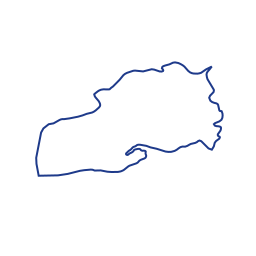 the Province of Khenchela, rotated 68°
{"feature_id": "DZA-2219", "entity_name": "Khenchela", "entity_type": "Province", "adm_level": 1, "iso_a3": "DZA", "parent_name": "Algeria", "parent_adm1": "", "projection": "equal_earth", "projection_center": [7.088, 34.922], "detail": "fine", "context": "isolated", "style": "outline", "palette": "blue", "viewbox_px": 256, "rotation_deg": 68, "n_neighbors": 0, "source": "natural_earth", "source_scale": "10m", "svg_char_len": 2709}
<svg xmlns="http://www.w3.org/2000/svg" viewBox="0 0 256 256"><g transform="rotate(68 128 128)"><path d="M85.4,74.2L84.3,73.4L83.9,72.2L84.0,70.0L84.5,65.8L84.3,61.8L84.8,59.8L86.6,57.0L88.4,55.3L90.3,53.8L92.2,52.7L97.6,50.8L99.7,49.6L101.1,48.2L102.1,46.7L103.6,43.3L104.0,41.6L104.2,39.5L102.9,33.7L102.4,27.3L104.2,30.4L105.5,33.0L106.5,34.3L107.9,35.2L110.5,35.8L112.5,36.0L124.6,34.1L125.6,34.4L126.8,35.3L128.8,39.8L130.4,41.4L133.5,41.4L135.4,40.3L137.0,38.6L138.2,36.9L139.3,36.0L140.3,35.8L145.8,36.7L146.5,36.5L146.9,36.1L147.0,35.8L147.1,35.4L147.5,34.9L147.9,34.9L150.0,35.0L151.9,35.6L153.9,36.7L155.4,38.3L156.1,40.9L156.1,45.5L156.6,46.9L158.3,46.6L159.3,45.5L160.3,43.5L161.1,42.3L162.2,41.6L163.6,42.1L165.0,43.2L167.5,47.1L168.7,47.5L169.5,47.1L170.4,46.3L171.2,46.4L172.1,47.4L173.0,51.0L173.5,52.0L174.3,53.2L177.2,55.3L179.5,58.4L177.1,61.0L167.7,65.0L166.4,66.4L166.4,67.9L166.9,69.4L167.0,71.3L166.3,75.8L166.5,77.7L166.8,79.7L166.7,82.0L165.6,84.5L165.4,86.6L165.8,88.7L166.4,90.9L166.7,93.3L166.3,96.8L165.3,99.5L163.9,102.0L158.0,109.2L154.4,114.4L151.4,117.7L148.1,123.0L147.4,124.6L147.2,125.7L147.3,126.4L147.5,127.0L147.6,127.6L147.7,128.4L147.6,129.9L147.7,130.6L147.9,131.2L148.5,132.3L149.0,133.5L149.2,134.2L149.4,135.5L149.8,136.7L150.8,139.1L151.2,139.5L151.8,139.6L152.5,139.1L152.8,138.5L152.8,137.9L152.4,136.7L152.2,136.0L152.1,133.8L152.0,133.2L151.8,132.5L151.6,131.9L151.3,131.4L150.9,130.9L150.6,130.4L150.6,129.5L151.0,127.0L151.3,126.1L151.6,125.3L152.0,124.8L152.6,124.5L153.1,124.4L153.8,124.0L154.4,123.3L155.0,121.7L155.5,120.9L156.0,120.5L156.5,120.4L158.0,121.2L158.7,121.4L160.0,121.4L160.7,121.6L161.3,122.0L161.7,122.4L162.1,122.9L162.3,123.6L162.4,124.3L162.3,127.3L162.3,128.1L162.4,128.8L162.5,129.4L162.7,130.0L163.3,131.2L163.6,131.7L163.8,132.6L163.9,133.6L163.5,140.7L163.6,141.4L163.7,142.1L165.2,147.1L165.4,148.0L165.5,149.1L165.5,151.0L165.2,152.6L165.0,153.6L162.7,159.6L160.8,163.5L157.1,169.2L155.2,174.2L154.9,174.9L153.6,176.3L153.2,176.9L152.6,178.2L150.7,184.4L149.7,188.6L148.0,201.0L145.7,210.6L138.8,228.7L127.0,226.3L121.3,224.3L99.7,210.3L96.7,206.6L94.8,200.1L95.8,195.3L94.9,188.4L94.9,186.8L95.3,185.1L95.8,184.1L97.2,178.5L98.8,170.1L99.3,165.4L99.4,161.0L100.2,155.5L100.1,153.7L99.6,151.4L98.1,147.2L97.3,145.9L96.7,145.4L96.0,145.1L95.1,144.9L93.8,144.9L92.1,145.1L87.2,146.7L85.9,146.9L84.1,146.7L83.6,145.4L82.7,142.3L82.4,140.5L82.4,138.7L82.9,136.4L84.9,131.7L85.2,130.6L84.4,128.5L83.9,126.4L80.1,117.6L77.3,112.5L76.7,110.5L76.5,108.3L76.8,103.2L76.9,101.7L77.4,100.0L81.2,92.8L82.4,84.0L83.7,81.8L87.4,77.5L88.3,75.6L88.3,74.2L87.7,73.7L86.8,73.7L85.4,74.2Z" fill="none" stroke="#1e3a8a" stroke-width="2"/></g></svg>